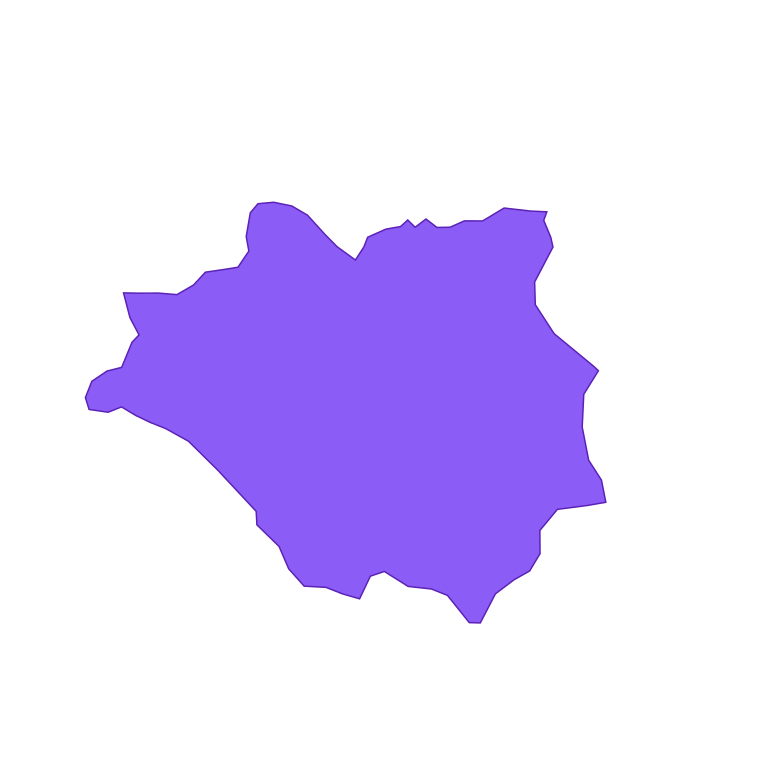 outline of Vaggeryd, Jönköping, Sweden, rotated 318°
{"feature_id": "70781695B19954774542686", "entity_name": "Vaggeryd", "entity_type": "district", "adm_level": 2, "iso_a3": "SWE", "parent_name": "Sweden", "parent_adm1": "Jönköping", "projection": "orthographic", "projection_center": [14.158, 57.502], "detail": "fine", "context": "isolated", "style": "filled", "palette": "violet", "viewbox_px": 768, "rotation_deg": 318, "n_neighbors": 0, "source": "geoboundaries", "source_scale": "gbopen_adm2", "svg_char_len": 1179}
<svg xmlns="http://www.w3.org/2000/svg" viewBox="0 0 768 768"><g transform="rotate(318 384 384)"><path d="M552.2,517.6L551.7,511.5L544.1,460.4L549.5,426.3L564.2,409.0L601.2,395.3L606.1,386.6L612.2,369.3L620.2,365.0L608.4,353.3L591.0,333.6L566.4,328.8L552.8,316.5L538.0,311.7L528.1,303.1L525.6,289.5L512.0,288.3L511.4,278.0L501.7,278.1L489.1,270.2L470.1,264.0L460.7,268.7L445.7,272.7L441.0,250.6L440.2,233.3L440.1,207.3L434.6,190.0L423.6,175.1L411.0,165.7L399.2,167.3L380.3,182.2L372.5,194.8L353.6,199.5L342.6,192.4L326.1,181.4L308.8,183.0L289.9,179.0L277.3,165.6L263.2,153.0L251.4,142.0L239.6,164.7L234.8,183.6L224.6,184.4L200.2,196.1L186.8,189.0L168.7,186.5L153.0,194.3L147.8,205.6L160.1,220.4L173.6,225.4L178.5,241.4L184.6,256.2L191.9,271.0L200.4,295.7L202.8,336.3L203.8,393.1L195.3,403.6L197.3,434.5L189.5,457.6L189.4,480.8L204.8,496.3L212.5,511.8L222.1,527.3L245.3,517.7L258.8,523.5L266.5,550.6L282.0,568.0L289.7,583.5L287.7,618.4L295.7,626.0L326.4,614.5L349.7,616.5L367.1,620.4L386.4,614.5L401.9,597.1L429.0,593.2L454.2,610.6L469.7,620.3L481.3,600.9L485.1,577.6L502.5,548.6L525.6,525.3L543.7,520.1L552.2,517.6Z" fill="#8b5cf6" stroke="#5b21b6" stroke-width="1.5"/></g></svg>